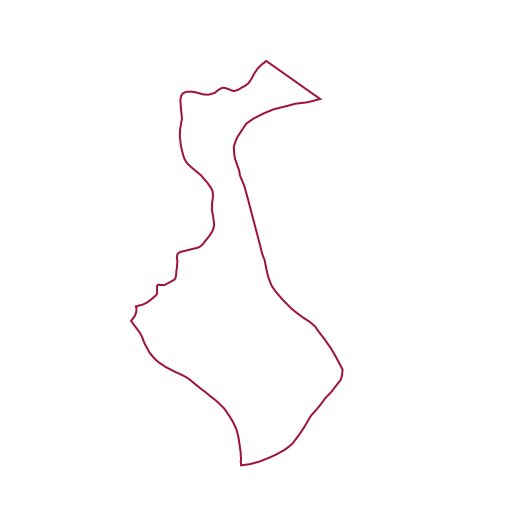 outline of Athens, Saint Lucia, rotated 235°
{"feature_id": "8701671B88292249499058", "entity_name": "Athens", "entity_type": "district", "adm_level": 2, "iso_a3": "LCA", "parent_name": "Saint Lucia", "parent_adm1": "", "projection": "robinson", "projection_center": [-60.892, 13.905], "detail": "fine", "context": "isolated", "style": "outline", "palette": "rose", "viewbox_px": 512, "rotation_deg": 235, "n_neighbors": 0, "source": "geoboundaries", "source_scale": "gbopen_adm2", "svg_char_len": 4764}
<svg xmlns="http://www.w3.org/2000/svg" viewBox="0 0 512 512"><g transform="rotate(235 256 256)"><path d="M93.1,123.7L89.0,131.5L85.6,140.9L83.3,150.7L81.9,157.9L80.8,168.5L81.0,174.2L81.5,178.6L84.7,188.4L88.3,197.7L91.9,205.5L93.7,209.6L95.5,217.4L97.5,224.4L99.8,231.1L101.4,239.6L104.6,249.7L106.1,254.6L109.1,258.2L111.2,260.0L113.4,261.8L125.8,263.4L136.9,264.4L148.5,264.4L159.1,263.9L161.8,264.0L164.1,264.1L171.1,262.3L178.6,259.2L188.1,256.1L189.4,255.8L192.8,254.8L199.5,253.7L204.6,252.8L215.4,251.7L222.4,251.7L231.3,253.8L237.4,256.2L239.2,256.9L240.3,257.4L248.0,260.8L252.4,261.8L253.4,262.1L254.1,262.3L267.0,267.2L283.3,273.2L288.6,275.1L298.0,278.6L306.2,281.7L309.7,282.9L314.5,284.6L318.6,286.1L320.0,286.6L331.1,289.0L335.8,291.3L340.6,292.6L347.8,294.6L352.1,296.7L356.5,299.4L358.0,300.3L359.8,302.5L361.1,304.2L362.5,306.4L363.9,308.6L365.7,312.9L367.0,316.1L370.0,324.1L370.0,332.6L368.4,344.2L366.1,354.3L364.7,358.1L360.9,368.0L358.2,375.5L352.1,386.9L348.2,397.6L347.8,398.6L409.8,376.3L409.9,375.4L409.7,374.4L409.6,370.8L409.5,369.9L409.4,369.4L408.7,365.3L407.1,360.9L406.1,358.3L404.1,354.8L401.9,349.1L401.6,344.8L402.2,340.8L402.2,339.4L402.5,336.1L403.9,332.3L409.2,328.6L411.1,327.3L413.1,325.0L413.6,321.1L413.3,315.6L415.4,309.6L418.6,305.5L424.4,300.7L427.8,297.2L430.5,293.1L431.2,289.4L430.2,286.9L427.7,283.9L423.7,281.4L415.4,276.6L410.8,274.1L409.0,272.1L404.8,268.0L403.1,266.3L399.3,263.4L397.6,262.1L388.9,257.5L381.1,254.4L376.4,253.1L374.5,252.9L371.2,252.8L366.8,253.7L361.4,255.1L356.8,256.4L353.3,257.3L349.9,257.5L345.9,258.0L344.3,258.2L337.6,258.2L336.2,258.0L334.2,257.6L331.0,256.0L328.3,253.9L326.7,252.4L324.4,250.3L321.1,247.9L318.9,246.2L317.6,245.6L313.0,243.6L308.9,241.4L306.3,240.1L304.6,238.8L302.9,236.8L301.4,234.6L300.1,231.6L299.1,229.0L296.3,219.3L295.8,216.6L296.1,213.2L297.6,209.6L298.4,207.5L301.0,200.7L302.9,195.8L302.7,192.9L301.5,191.5L300.5,190.5L296.8,188.6L293.7,186.1L291.7,184.4L288.7,181.6L286.5,179.9L284.2,177.5L283.4,175.8L284.0,169.9L284.7,164.3L287.0,161.2L288.2,159.9L288.6,158.8L288.2,157.7L286.6,156.5L283.6,154.6L282.0,153.5L281.1,151.4L280.6,145.5L280.3,140.9L280.7,138.5L281.0,135.9L281.9,133.4L283.0,130.5L283.6,128.6L281.4,128.0L280.3,126.9L279.1,126.1L276.7,122.9L276.3,122.0L275.6,120.2L275.5,119.8L274.6,116.5L274.0,116.4L273.2,116.4L259.3,116.9L258.4,116.7L257.5,116.6L256.6,116.5L255.6,116.3L254.6,116.1L253.3,115.8L252.3,115.5L251.4,115.3L250.1,115.0L249.7,114.9L249.2,114.8L248.2,114.6L247.0,114.4L246.6,114.3L246.1,114.3L245.5,114.2L244.8,114.1L243.9,114.0L243.4,114.0L242.7,113.9L241.6,113.8L240.2,113.6L239.2,113.5L238.2,113.4L237.1,113.5L236.2,113.5L235.3,113.5L234.4,113.6L233.5,113.7L232.5,113.8L231.3,113.9L229.9,114.1L229.2,114.3L227.8,114.5L226.7,114.8L226.2,114.9L225.7,115.1L224.8,115.3L224.3,115.5L223.2,115.9L222.3,116.2L221.3,116.6L220.2,117.1L219.7,117.3L218.4,117.8L217.4,118.1L216.4,118.6L215.8,118.9L215.4,119.1L214.7,119.5L214.3,119.7L213.2,120.3L212.6,120.6L211.7,121.0L210.5,121.7L209.7,122.1L208.7,122.7L208.2,122.9L207.6,123.2L207.1,123.5L206.7,123.7L206.0,124.1L205.1,124.7L204.3,125.2L203.8,125.5L203.1,125.9L202.5,126.3L201.6,126.8L200.8,127.2L199.6,127.9L198.7,128.3L197.5,128.9L196.7,129.3L195.4,129.8L195.0,130.0L194.6,130.1L193.4,130.6L192.8,130.8L191.8,131.1L190.7,131.4L189.6,131.7L189.1,131.8L188.5,132.0L187.8,132.2L186.8,132.4L184.8,133.0L183.7,133.3L182.5,133.6L181.0,134.1L180.3,134.3L179.9,134.4L178.5,134.9L177.1,135.3L176.0,135.6L174.8,136.1L174.2,136.3L173.8,136.4L172.7,136.7L171.2,137.1L170.6,137.3L169.4,137.6L168.9,137.7L167.9,138.0L166.8,138.3L165.5,138.8L164.4,139.1L163.1,139.5L162.0,139.8L161.1,140.1L160.7,140.2L159.5,140.5L158.9,140.6L157.8,140.9L156.6,141.1L155.9,141.3L155.0,141.4L153.9,141.6L152.9,141.8L152.0,142.0L151.1,142.2L150.1,142.3L149.7,142.4L149.2,142.4L148.7,142.4L148.1,142.5L147.4,142.5L146.5,142.5L145.3,142.5L144.7,142.5L143.6,142.4L142.9,142.4L142.0,142.4L141.6,142.4L140.8,142.4L140.0,142.3L139.5,142.3L138.8,142.3L137.8,142.3L136.9,142.2L135.9,142.2L134.6,142.0L133.6,142.0L133.2,141.9L132.7,141.9L132.3,141.8L131.2,141.6L130.1,141.4L129.4,141.3L128.7,141.2L128.2,141.1L127.3,140.9L126.3,140.7L125.8,140.6L125.3,140.5L124.7,140.3L124.1,140.1L123.4,139.9L122.9,139.7L122.3,139.5L121.8,139.3L120.9,139.0L119.9,138.6L119.2,138.3L118.7,138.1L118.3,137.9L117.8,137.7L116.9,137.3L116.4,137.0L115.9,136.8L115.5,136.6L114.9,136.4L114.2,136.0L113.8,135.8L113.3,135.5L112.2,135.0L111.3,134.5L110.8,134.3L110.4,134.1L110.0,133.9L109.1,133.4L108.4,133.0L107.2,132.4L106.3,132.0L105.9,131.8L105.2,131.5L104.8,131.2L104.2,131.0L103.7,130.6L103.0,130.2L100.3,128.5L99.7,128.2L97.4,126.7L97.0,126.2L96.6,125.7L95.6,125.2L95.1,124.9L93.1,123.7Z" fill="none" stroke="#9f1239" stroke-width="2"/></g></svg>